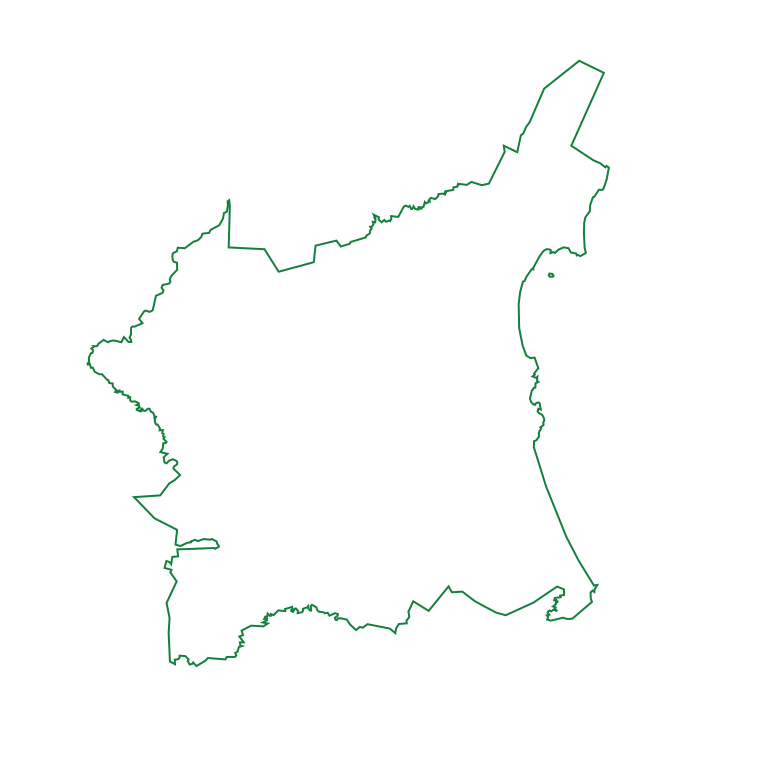 the district of Compostela, Nayarit, Mexico, rotated 167°
{"feature_id": "50627088B82523169832508", "entity_name": "Compostela", "entity_type": "district", "adm_level": 2, "iso_a3": "MEX", "parent_name": "Mexico", "parent_adm1": "Nayarit", "projection": "albers", "projection_center": [-105.087, 21.114], "detail": "fine", "context": "isolated", "style": "outline", "palette": "green", "viewbox_px": 768, "rotation_deg": 167, "n_neighbors": 0, "source": "geoboundaries", "source_scale": "gbopen_adm2", "svg_char_len": 6166}
<svg xmlns="http://www.w3.org/2000/svg" viewBox="0 0 768 768"><g transform="rotate(167 384 384)"><path d="M658.4,486.2L658.0,485.6L661.1,484.5L660.1,483.0L660.3,481.1L661.1,479.9L662.8,479.8L665.6,476.2L666.4,471.6L668.2,470.8L668.2,469.6L666.2,469.6L665.9,465.7L664.1,465.5L663.1,461.0L659.2,457.5L656.6,457.0L652.7,450.2L651.7,449.8L651.4,446.7L648.2,445.5L648.8,442.5L646.2,438.4L647.8,436.7L645.5,435.5L644.8,437.1L643.1,437.2L643.2,435.8L640.3,435.4L641.0,432.7L635.8,430.0L636.3,428.0L634.3,428.2L634.9,425.4L634.2,423.7L630.4,423.0L627.4,420.7L627.3,419.8L629.9,419.2L627.6,417.9L627.3,416.2L630.6,415.3L630.8,414.5L627.4,412.0L626.3,412.3L627.1,413.4L625.8,414.5L625.0,414.3L624.7,412.5L622.8,411.4L619.5,413.1L618.1,412.6L617.1,409.1L615.5,408.1L614.7,403.7L613.5,403.3L614.4,402.3L615.3,402.7L615.7,397.2L614.9,395.6L613.7,395.5L612.3,391.1L613.1,389.3L609.9,388.9L611.1,385.9L610.0,384.9L611.0,382.5L609.8,381.7L611.2,380.1L608.9,376.5L610.0,375.6L612.5,375.9L614.1,370.9L617.2,368.0L610.7,364.7L615.2,362.1L615.5,356.9L613.7,355.6L611.0,357.5L606.6,358.2L603.6,355.8L603.0,354.1L603.8,352.2L607.5,350.7L608.2,349.0L603.2,341.1L609.7,337.4L615.5,335.5L627.1,325.8L653.0,330.0L637.8,304.7L618.4,288.4L623.3,274.4L618.8,271.9L611.6,273.5L607.6,273.2L607.6,274.0L603.2,274.7L600.6,272.8L594.6,273.5L588.1,271.3L586.9,271.9L582.5,268.2L582.6,266.2L581.3,263.4L581.5,262.6L585.6,261.4L586.0,262.3L604.1,265.8L604.3,266.6L604.5,265.8L622.6,269.4L623.4,262.4L629.2,263.1L631.9,256.3L633.1,258.7L635.8,260.5L639.2,254.1L632.9,250.8L634.6,248.5L630.4,238.3L645.1,219.6L645.6,204.2L649.8,190.0L655.0,161.8L650.7,158.0L649.9,162.4L646.4,162.2L645.0,163.0L644.2,165.3L638.7,163.5L636.3,159.6L637.5,158.2L636.5,154.4L633.7,154.5L632.5,155.6L630.3,151.4L620.8,154.3L617.2,156.6L600.5,151.3L598.6,153.4L590.6,151.6L588.9,152.9L589.5,155.4L586.9,156.2L584.6,160.4L581.6,160.6L582.8,161.2L582.6,164.6L578.8,163.9L581.8,170.5L577.9,171.1L578.2,175.8L567.8,178.4L556.2,175.0L551.1,176.8L555.8,178.9L551.2,180.1L550.8,181.7L553.6,182.0L552.1,184.0L550.0,183.8L549.0,186.5L547.2,183.7L546.2,183.7L545.8,185.2L543.7,183.6L537.8,187.2L531.3,184.9L531.0,187.0L523.7,187.5L523.6,185.0L525.0,184.9L525.5,183.8L524.1,182.4L521.1,185.2L520.2,185.0L518.9,182.3L519.7,180.2L515.5,180.0L514.0,181.0L513.5,183.2L509.1,183.7L507.8,184.7L508.2,182.2L506.9,179.8L506.0,179.6L505.3,184.1L503.9,185.1L500.1,181.6L500.0,178.9L498.7,176.8L494.1,175.1L493.3,173.9L490.3,173.8L489.3,170.5L483.2,171.7L480.7,170.2L481.3,168.7L484.4,167.3L484.3,165.2L483.0,164.6L481.6,166.0L479.3,165.6L473.3,162.9L471.2,157.4L466.6,150.5L462.1,152.8L459.5,151.3L454.1,153.7L433.4,144.4L429.0,138.7L427.4,142.8L423.5,146.8L415.7,145.7L415.3,148.4L411.8,151.2L411.4,156.7L404.4,165.7L391.5,152.9L366.6,172.3L364.7,165.8L354.4,164.1L344.6,152.3L338.5,146.7L326.1,136.0L317.4,131.3L287.5,137.4L260.9,147.7L254.9,143.4L256.0,137.9L260.0,138.2L259.9,136.5L265.6,137.1L266.8,135.1L264.9,134.9L263.8,133.1L264.2,132.4L265.6,133.1L266.0,130.8L269.4,129.2L267.0,127.7L267.9,126.7L266.4,123.7L269.6,126.1L272.3,124.8L273.6,126.1L274.9,125.7L276.0,124.4L274.8,122.0L277.4,122.0L276.5,120.1L278.0,117.8L274.6,115.9L262.2,116.0L257.8,113.6L253.2,113.0L230.4,124.9L230.8,128.5L229.6,134.4L227.2,135.8L225.8,134.0L225.1,136.3L221.4,140.2L224.8,140.5L234.0,167.9L240.7,194.0L249.1,247.5L252.2,288.8L250.7,294.5L248.5,294.7L244.9,297.8L244.0,301.9L240.8,305.5L241.4,306.6L237.8,308.1L237.5,310.7L236.2,312.0L235.8,314.2L236.6,318.1L239.4,320.6L240.5,322.8L239.1,325.2L237.0,323.8L236.7,330.5L237.9,331.4L239.8,331.2L241.4,329.8L241.6,330.5L243.0,330.4L244.7,333.3L245.1,336.8L241.3,344.6L239.9,345.1L239.1,346.6L237.3,346.4L236.2,350.6L233.1,351.3L234.2,352.7L232.9,356.5L234.4,355.8L237.6,358.0L234.9,359.2L235.4,360.5L230.1,364.7L231.3,375.8L235.5,376.3L238.9,379.6L240.3,390.1L239.7,408.0L234.9,431.2L230.7,442.9L225.6,452.5L223.9,452.7L221.0,456.6L214.6,462.3L213.5,463.0L212.7,462.3L212.5,463.5L203.8,473.3L198.7,477.7L195.4,478.8L192.7,478.0L191.4,476.8L192.4,474.1L189.2,474.4L188.1,473.2L183.7,475.7L178.1,476.7L173.7,474.8L172.3,470.1L167.5,467.9L167.2,465.9L166.0,466.1L163.9,464.4L157.8,466.3L157.9,471.3L155.3,485.8L152.7,496.0L150.3,501.1L144.5,506.1L142.8,512.1L138.4,519.0L137.0,519.1L130.9,525.0L127.7,524.0L126.4,524.6L121.0,533.3L116.2,544.3L118.2,546.4L119.6,545.3L123.6,550.4L129.7,554.9L147.9,574.0L99.8,637.7L121.1,655.0L161.5,635.8L183.2,606.3L187.7,602.5L192.0,596.7L194.7,595.5L202.0,579.9L213.7,589.2L214.2,583.0L236.7,555.7L243.9,555.7L253.4,561.2L258.5,559.4L265.6,562.0L266.7,561.2L267.0,562.0L268.4,559.8L272.0,560.0L273.0,557.5L281.0,558.0L281.5,556.9L280.7,556.6L282.0,554.8L283.8,556.3L288.2,556.8L288.9,554.9L292.5,552.6L296.4,554.8L298.3,553.7L298.4,551.4L299.5,552.2L300.2,551.0L302.6,550.6L303.3,552.1L305.7,547.7L307.0,547.8L307.8,546.5L309.5,546.7L309.2,548.2L310.4,548.7L311.6,546.3L312.9,546.8L314.5,548.0L315.2,550.5L317.1,548.3L318.1,548.3L318.9,551.7L320.4,551.1L322.7,552.9L324.7,552.5L332.5,543.6L339.2,546.0L339.8,543.2L341.3,541.4L341.9,542.1L345.6,541.6L346.8,543.8L349.9,542.1L352.2,545.5L351.4,547.6L355.9,551.2L355.1,548.0L355.8,548.1L355.3,546.2L356.2,543.5L358.4,544.5L358.2,542.2L360.2,540.1L362.0,540.3L361.2,538.1L362.7,537.0L364.1,533.8L367.8,532.5L368.8,530.9L384.5,529.9L386.0,528.3L395.2,527.7L398.0,534.4L419.6,534.2L425.0,518.5L461.4,517.1L470.1,542.2L504.6,552.0L494.2,592.0L493.5,597.9L495.3,597.1L495.8,593.5L498.3,587.3L501.5,586.5L503.6,581.5L508.7,575.8L518.5,573.1L520.4,570.6L527.1,571.3L528.9,568.4L532.9,566.0L538.0,565.4L547.5,561.1L554.3,563.2L556.0,559.9L560.1,558.9L561.4,556.6L561.9,552.5L561.2,550.3L558.4,548.7L559.9,541.7L566.9,537.2L569.2,534.2L569.1,531.6L570.7,530.2L577.4,530.3L579.1,527.8L577.8,524.8L579.2,522.7L586.4,521.2L592.8,507.8L596.2,507.0L599.7,509.2L601.5,508.7L608.0,502.6L605.7,497.6L613.9,496.0L616.3,496.6L617.8,495.7L619.4,489.2L621.5,486.4L620.6,484.1L620.8,481.8L623.5,482.5L626.9,488.2L630.5,483.8L637.5,487.2L641.2,487.5L643.4,486.7L647.3,490.1L653.6,487.2L654.9,485.4L658.4,486.2ZM195.6,450.6L194.5,451.2L195.2,453.4L198.0,454.4L199.1,452.8L198.5,451.4L195.6,450.6Z" fill="none" stroke="#15803d" stroke-width="2"/></g></svg>